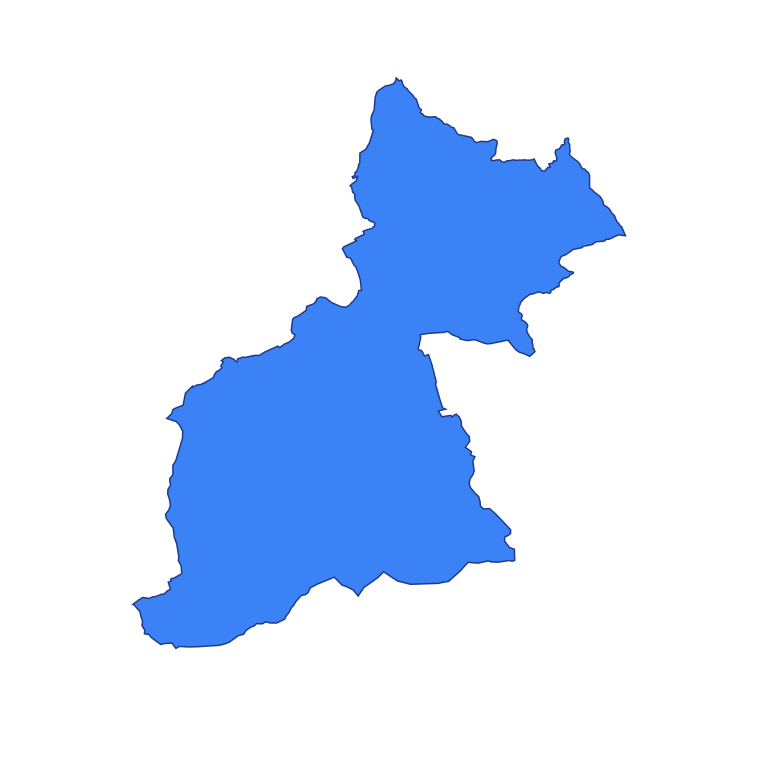 outline of Suici, Arges, Romania, rotated 102°
{"feature_id": "2599482B28587086561984", "entity_name": "Suici", "entity_type": "district", "adm_level": 2, "iso_a3": "ROU", "parent_name": "Romania", "parent_adm1": "Arges", "projection": "albers", "projection_center": [24.509, 45.248], "detail": "fine", "context": "isolated", "style": "filled", "palette": "blue", "viewbox_px": 768, "rotation_deg": 102, "n_neighbors": 0, "source": "geoboundaries", "source_scale": "gbopen_adm2", "svg_char_len": 6151}
<svg xmlns="http://www.w3.org/2000/svg" viewBox="0 0 768 768"><g transform="rotate(102 384 384)"><path d="M674.0,491.2L671.7,486.4L668.9,481.8L660.3,474.0L658.0,469.3L654.6,468.1L652.4,466.5L649.6,463.8L647.3,460.3L644.8,459.0L644.6,456.7L643.7,452.8L641.3,450.6L641.4,445.8L640.1,439.3L634.8,432.4L631.1,431.4L626.9,429.3L622.1,428.1L619.4,426.4L615.3,425.1L608.7,421.3L607.7,420.4L606.6,417.3L604.0,415.0L598.6,413.6L594.0,408.2L583.3,392.5L589.4,383.3L590.0,378.4L591.8,371.3L596.8,365.2L587.4,361.5L574.7,349.8L567.8,345.4L573.9,329.7L574.4,316.4L567.7,289.6L563.5,279.7L551.2,270.7L541.0,264.8L539.6,254.6L535.3,245.1L535.7,242.1L534.5,235.1L530.6,224.8L530.7,221.8L529.4,219.5L518.5,222.1L517.9,227.2L512.6,233.4L508.5,234.0L506.2,230.9L503.8,229.1L500.2,229.9L488.3,247.2L483.9,254.9L485.5,260.4L483.5,264.3L479.3,265.5L474.4,268.0L471.6,272.7L466.9,278.4L463.4,280.0L459.0,280.1L454.5,278.3L450.3,277.7L441.3,281.0L436.2,280.0L435.5,284.5L432.1,284.4L429.0,291.3L422.2,288.2L417.6,289.8L414.8,293.7L408.9,299.6L404.4,300.7L400.7,303.5L398.5,307.1L399.6,308.7L402.1,310.5L400.8,312.0L404.0,320.5L399.1,325.3L395.8,318.5L395.1,321.8L388.1,325.8L373.0,333.8L371.5,333.1L355.5,341.0L346.0,346.6L348.2,350.2L344.0,353.6L343.4,354.9L343.4,357.3L341.3,358.1L339.5,357.7L330.6,357.8L328.8,358.8L328.1,358.5L327.2,356.4L326.7,354.5L325.5,352.1L321.3,337.0L319.5,332.9L319.5,331.8L321.7,327.5L322.7,320.7L323.3,319.4L324.2,318.8L324.2,311.4L322.4,306.5L321.8,303.8L323.2,294.8L323.2,291.1L322.3,288.1L315.3,271.9L322.8,262.6L324.7,258.5L325.4,252.3L326.7,247.2L321.0,243.1L318.6,244.5L318.0,245.8L315.0,246.4L313.2,247.5L309.8,248.2L307.7,251.1L304.4,254.1L301.3,255.9L297.0,255.5L295.8,256.3L294.4,258.1L293.4,260.2L292.9,262.5L290.7,263.3L288.4,263.0L286.8,264.2L285.8,267.1L284.7,267.7L280.0,268.2L279.1,267.7L275.6,267.2L271.2,264.7L265.8,259.8L265.3,257.8L262.6,253.3L261.6,250.8L261.6,249.7L262.3,247.6L262.0,246.5L260.6,244.3L260.9,241.3L260.3,240.1L257.7,239.9L257.0,239.4L256.6,238.2L253.4,235.5L252.7,233.7L251.9,233.1L251.2,233.1L249.5,234.0L246.7,232.6L243.6,230.3L242.7,229.2L242.5,227.9L240.5,225.6L238.5,224.7L236.4,221.9L235.9,221.7L235.2,222.4L235.3,227.3L232.6,232.1L232.1,235.3L230.4,237.0L228.6,238.4L223.0,237.5L221.7,236.2L219.8,233.1L213.0,226.9L209.6,219.0L207.8,217.5L207.1,216.3L206.1,213.2L204.3,209.4L200.8,206.2L198.5,198.4L197.4,197.4L196.5,197.3L195.6,193.9L190.7,187.5L189.3,185.2L188.8,178.7L180.5,184.4L180.4,185.6L177.9,188.1L176.7,190.0L171.4,193.6L169.3,197.0L167.4,198.5L165.8,200.3L164.5,202.7L163.1,206.5L159.5,208.0L155.7,211.6L152.7,218.0L150.7,221.0L149.6,223.3L147.7,224.1L137.1,226.3L134.6,228.3L133.6,230.4L132.2,231.8L132.2,233.9L131.6,235.5L128.1,238.2L126.4,240.3L122.9,247.9L121.3,249.9L119.9,250.5L117.5,250.2L115.7,251.1L111.2,252.2L108.7,254.2L106.5,254.1L105.2,255.2L106.4,257.5L107.6,258.0L110.2,257.9L111.2,257.2L112.3,257.3L112.7,257.8L112.9,259.2L113.4,260.0L115.9,260.6L117.6,261.5L119.2,264.3L120.0,264.7L122.1,264.6L127.8,261.7L130.0,262.0L130.6,262.4L130.2,264.0L130.5,264.6L133.1,264.9L133.5,266.8L134.6,268.5L137.2,266.6L137.8,267.1L138.1,268.9L139.4,269.2L140.6,270.4L141.9,270.4L142.6,272.9L142.4,274.4L140.3,276.4L139.4,278.2L137.7,280.2L132.7,283.9L134.0,285.8L135.2,289.6L135.7,294.2L136.2,294.7L136.8,298.3L137.7,300.7L137.9,304.4L139.4,307.4L140.2,310.3L141.7,311.7L142.2,312.9L142.1,314.7L140.7,317.6L141.5,320.5L142.6,322.8L143.1,325.4L140.5,326.1L137.5,323.7L135.4,322.8L130.5,323.4L125.4,323.3L122.6,324.2L121.9,327.7L125.4,332.8L126.6,339.9L128.2,342.5L128.5,343.7L128.0,346.3L126.1,347.7L124.6,349.8L124.5,363.9L118.9,368.9L118.8,371.3L116.7,376.0L117.1,379.5L114.7,382.2L114.0,384.0L113.2,384.7L113.1,387.3L112.1,388.1L112.0,390.2L113.0,392.9L113.7,397.2L113.3,400.7L112.0,402.2L111.1,404.9L107.9,404.4L107.3,406.2L105.9,407.5L99.6,411.1L98.3,412.2L98.3,413.0L95.5,416.0L92.2,421.1L90.4,422.8L89.1,426.1L86.6,428.1L83.9,429.5L83.2,430.5L83.3,431.1L84.2,431.6L84.2,432.9L83.2,433.5L82.2,435.7L85.2,435.6L88.5,437.3L90.3,440.1L92.3,444.7L97.8,450.1L100.2,451.8L105.6,452.2L118.2,450.6L124.2,452.0L128.2,451.7L137.3,448.8L138.0,447.2L150.9,448.3L158.4,450.7L163.1,455.6L172.6,453.7L175.1,454.5L176.4,454.1L181.5,454.9L183.3,456.4L186.1,455.7L187.8,458.1L189.4,457.0L186.7,453.0L191.5,453.6L194.4,456.5L197.0,458.4L198.4,456.5L202.8,454.6L204.5,451.8L207.3,451.6L210.4,450.2L215.1,445.5L225.1,439.4L225.9,437.0L225.5,434.1L227.2,432.4L228.2,426.7L231.1,426.0L234.4,428.2L237.2,433.7L239.1,436.2L241.6,434.3L247.4,442.0L248.9,442.6L249.7,440.6L258.2,451.8L260.3,452.8L267.7,446.8L267.9,442.9L273.8,438.2L275.3,435.9L280.3,432.6L287.2,428.8L297.2,425.5L297.8,428.1L303.4,428.5L309.7,431.5L311.2,432.8L314.0,434.1L316.9,437.4L317.3,442.6L315.2,452.3L311.8,459.1L312.1,464.3L314.6,467.4L316.6,467.5L320.0,469.2L324.2,475.7L328.3,475.5L335.8,482.7L337.8,485.8L339.7,486.8L350.7,485.9L353.4,484.4L354.3,481.3L357.7,481.7L362.4,485.1L365.7,489.7L370.0,493.6L369.0,495.7L377.4,507.1L382.0,512.0L383.0,516.7L386.9,525.5L387.1,527.8L390.0,532.5L392.8,532.2L392.7,533.7L391.1,535.9L390.0,540.9L391.5,545.1L395.0,548.0L395.8,545.7L400.3,547.3L401.7,546.0L404.2,547.5L406.9,550.5L410.7,552.0L413.3,552.3L418.1,557.6L418.7,558.6L419.7,558.9L420.4,560.3L420.9,560.3L421.3,561.7L422.6,562.9L423.1,565.0L424.2,567.2L426.5,570.1L426.9,570.2L426.0,570.9L434.2,576.3L446.5,576.1L451.4,583.5L452.8,585.1L457.2,585.5L462.9,589.3L464.0,579.2L466.7,575.4L472.0,571.1L478.8,569.8L502.4,571.7L507.5,573.6L516.6,571.6L521.1,573.9L524.5,573.1L527.0,571.7L532.1,573.4L536.6,572.7L540.5,570.3L546.5,567.8L551.9,568.2L556.8,570.6L560.8,569.0L568.9,560.2L577.7,557.2L583.4,553.5L596.1,548.7L599.3,548.5L604.1,544.6L611.5,542.4L617.9,549.4L618.4,551.6L619.7,551.9L620.8,551.1L622.8,553.8L629.0,550.2L631.4,552.9L635.0,555.3L636.2,558.4L639.0,562.4L640.4,566.1L642.7,569.3L642.9,575.5L646.2,578.9L651.8,583.8L652.1,582.4L656.7,576.3L658.1,575.0L661.3,573.8L664.2,571.9L667.4,570.6L670.2,570.6L672.5,568.9L674.3,566.8L678.2,566.4L677.8,561.7L680.3,559.1L685.2,548.3L683.3,544.2L681.5,537.5L685.8,532.6L683.2,529.5L681.8,520.4L679.9,512.4L674.0,491.2Z" fill="#3b82f6" stroke="#1e3a8a" stroke-width="1.5"/></g></svg>